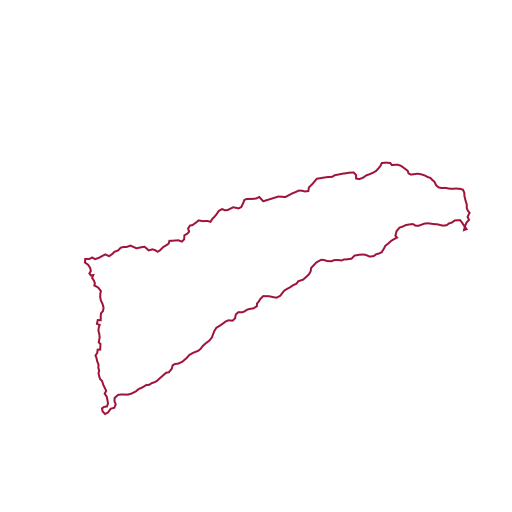 Junqueirópolis, São Paulo, Brazil, rotated 239°
{"feature_id": "56859067B37779616182498", "entity_name": "Junqueirópolis", "entity_type": "district", "adm_level": 2, "iso_a3": "BRA", "parent_name": "Brazil", "parent_adm1": "São Paulo", "projection": "albers", "projection_center": [-51.444, -21.463], "detail": "fine", "context": "isolated", "style": "outline", "palette": "rose", "viewbox_px": 512, "rotation_deg": 239, "n_neighbors": 0, "source": "geoboundaries", "source_scale": "gbopen_adm2", "svg_char_len": 3962}
<svg xmlns="http://www.w3.org/2000/svg" viewBox="0 0 512 512"><g transform="rotate(239 256 256)"><path d="M173.5,450.0L176.3,453.8L177.2,457.2L180.6,457.5L183.0,461.3L185.8,460.9L188.7,461.4L191.6,463.2L194.1,463.8L196.7,464.5L199.9,465.5L203.1,467.2L206.3,467.5L208.3,465.7L210.8,462.2L212.8,458.3L214.5,456.0L216.7,453.6L218.8,449.9L220.8,447.8L224.1,446.8L227.7,447.2L230.4,446.3L233.1,445.7L235.4,443.7L237.6,442.5L240.4,440.2L243.2,437.1L244.8,433.4L246.0,430.7L248.3,429.3L250.8,429.9L253.5,428.9L256.5,427.6L258.8,426.6L261.4,424.3L262.8,421.7L263.9,419.3L266.5,419.0L268.9,415.8L270.9,411.7L269.2,409.2L268.2,406.6L267.1,402.9L267.1,399.2L267.7,394.8L268.3,392.4L268.0,387.8L268.7,384.1L270.9,381.7L273.8,383.5L277.3,382.7L279.5,378.6L280.5,375.9L281.8,373.0L283.7,367.8L284.7,365.0L284.6,362.1L286.9,357.8L288.1,354.9L290.9,347.9L288.6,341.2L287.5,336.6L284.7,334.3L286.1,331.2L288.4,328.9L290.1,326.3L290.4,322.8L290.9,320.2L291.1,317.6L291.4,311.6L295.4,305.9L299.2,290.4L304.9,289.2L305.2,285.7L306.7,282.5L309.7,277.3L310.0,274.8L308.1,272.5L305.6,268.7L305.7,265.7L309.5,261.6L310.0,255.5L311.1,253.0L313.7,251.1L313.8,247.2L312.1,243.7L311.1,240.8L310.2,237.4L308.7,234.6L310.9,232.6L313.3,228.3L316.1,225.1L315.6,222.1L315.2,217.5L316.1,215.1L314.6,212.0L311.3,211.2L310.5,208.5L310.6,205.3L307.3,203.0L306.5,199.9L309.4,197.6L312.4,191.7L313.6,189.6L311.6,187.5L311.4,183.8L311.5,181.3L310.3,176.6L310.3,173.9L313.1,172.4L315.0,170.7L316.1,166.9L318.8,166.1L321.4,165.2L322.9,161.3L324.1,157.6L329.6,153.7L330.3,149.9L332.0,147.0L332.8,144.3L331.8,140.7L332.5,136.7L331.8,134.1L331.5,130.0L335.0,127.6L335.4,120.1L336.2,116.4L339.1,114.8L339.2,111.8L341.4,108.1L338.5,106.0L334.9,107.6L331.1,107.7L328.2,106.7L326.9,104.2L324.4,104.4L323.5,106.7L321.6,104.2L318.3,104.4L315.5,103.8L313.9,102.2L311.6,103.8L309.5,104.6L305.8,105.0L303.7,103.0L301.0,101.3L297.7,100.1L294.1,99.8L290.2,98.7L287.7,96.6L286.7,93.6L284.1,91.7L280.9,89.8L282.6,87.4L279.8,84.7L277.4,86.5L275.7,84.4L273.3,82.5L269.8,81.5L266.5,79.9L263.0,76.7L260.7,77.4L258.4,75.8L256.0,74.2L257.3,72.1L254.7,70.0L253.4,67.2L250.6,66.7L247.7,65.7L243.7,65.0L241.7,63.4L238.5,62.5L236.8,60.8L234.0,59.7L230.6,59.0L228.2,59.7L224.1,58.7L220.0,58.4L217.5,58.1L216.0,55.4L212.2,55.6L208.6,54.3L205.7,53.1L203.8,50.7L204.9,48.1L204.7,45.5L201.9,44.5L198.3,45.2L198.1,48.6L199.9,52.7L198.9,56.4L201.0,59.3L204.7,60.0L207.2,61.8L208.0,66.3L206.5,69.6L204.9,72.0L203.2,74.7L202.2,78.5L201.8,83.4L202.4,86.8L201.9,90.6L201.9,95.8L200.6,97.8L200.7,101.1L200.0,104.5L200.0,107.0L200.7,110.2L201.1,112.7L201.7,115.9L202.2,118.9L201.2,121.3L202.8,125.8L205.2,128.2L205.2,130.9L203.9,133.6L203.3,138.3L204.0,142.4L204.6,145.2L205.5,147.7L205.4,152.0L205.0,154.7L204.5,157.6L204.9,160.6L206.3,164.0L207.0,167.7L207.5,172.4L208.9,176.3L210.8,178.6L213.2,181.7L214.9,185.1L214.9,188.7L215.1,192.7L215.5,196.0L215.1,199.2L212.6,202.6L213.4,206.0L216.3,208.6L216.9,212.0L215.1,214.7L214.4,217.3L214.6,220.4L213.9,223.4L212.4,226.8L212.5,230.9L214.7,232.3L215.5,234.9L216.9,237.5L217.9,241.5L214.7,246.6L211.9,249.5L209.7,252.1L209.4,256.3L210.8,259.7L211.8,262.4L211.8,265.8L211.6,269.3L211.9,272.8L211.4,276.3L212.6,279.3L211.5,284.0L212.0,287.3L213.0,291.9L214.6,294.8L217.4,297.2L219.4,304.5L219.2,309.7L217.8,312.0L214.8,314.6L212.7,317.9L212.1,321.1L210.3,324.3L208.1,327.0L207.7,329.7L206.5,331.8L204.5,336.5L205.6,340.6L203.9,345.2L202.3,348.2L200.7,350.4L196.9,353.2L195.3,356.8L195.6,359.9L194.8,362.7L194.5,365.7L196.6,369.7L198.1,372.1L198.6,375.8L199.3,379.3L199.4,382.1L199.2,386.4L201.5,385.9L204.8,389.1L206.4,393.6L205.6,397.3L205.4,400.2L204.3,403.1L202.6,406.9L199.7,408.5L198.2,410.9L197.5,414.5L196.9,417.4L195.3,420.5L193.0,423.3L191.1,425.8L189.5,428.1L187.2,430.3L185.6,432.1L184.2,435.2L184.5,438.3L183.8,441.1L184.1,444.7L181.6,449.4L178.8,449.8L175.9,449.9L173.5,450.0ZM171.1,447.7L170.6,450.3L173.5,450.0L171.1,447.7Z" fill="none" stroke="#9f1239" stroke-width="2"/></g></svg>